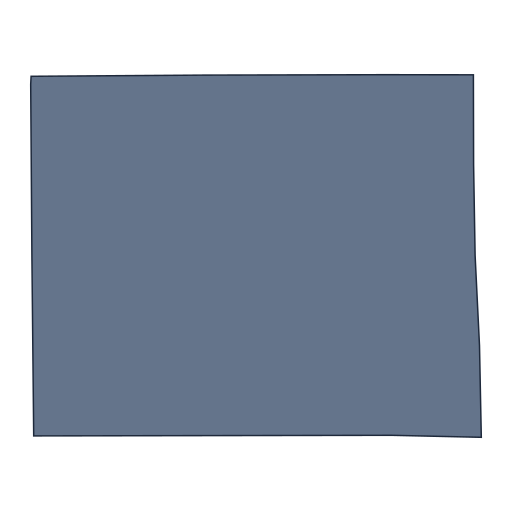 the district of Calhoun, Michigan, United States of America
{"feature_id": "52423323B83216997168668", "entity_name": "Calhoun", "entity_type": "district", "adm_level": 2, "iso_a3": "USA", "parent_name": "United States of America", "parent_adm1": "Michigan", "projection": "orthographic", "projection_center": [-84.967, 42.246], "detail": "fine", "context": "isolated", "style": "filled", "palette": "slate", "viewbox_px": 512, "rotation_deg": 0, "n_neighbors": 0, "source": "geoboundaries", "source_scale": "gbopen_adm2", "svg_char_len": 278}
<svg xmlns="http://www.w3.org/2000/svg" viewBox="0 0 512 512"><path d="M204.3,75.1L31.1,76.3L30.7,84.2L31.9,255.7L33.7,435.9L391.7,435.3L481.3,437.3L479.5,345.6L475.1,255.3L473.6,164.6L473.4,74.8L383.9,74.7L204.3,75.1Z" fill="#64748b" stroke="#1e293b" stroke-width="1.5"/></svg>